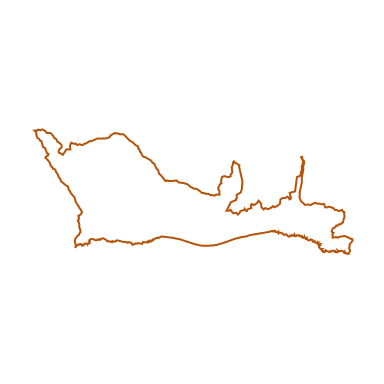 the district of Camana, Arequipa, Peru, rotated 335°
{"feature_id": "86281439B8928059178056", "entity_name": "Camana", "entity_type": "district", "adm_level": 2, "iso_a3": "PER", "parent_name": "Peru", "parent_adm1": "Arequipa", "projection": "orthographic", "projection_center": [-72.661, -16.401], "detail": "fine", "context": "isolated", "style": "outline", "palette": "amber", "viewbox_px": 384, "rotation_deg": 335, "n_neighbors": 0, "source": "geoboundaries", "source_scale": "gbopen_adm2", "svg_char_len": 6011}
<svg xmlns="http://www.w3.org/2000/svg" viewBox="0 0 384 384"><g transform="rotate(335 192 192)"><path d="M305.6,205.5L305.7,211.3L304.9,212.1L304.4,213.9L303.7,213.7L303.1,214.7L302.0,215.4L302.2,216.2L301.3,217.4L301.4,218.0L300.7,218.2L300.1,219.5L298.8,220.2L298.6,221.5L296.7,223.0L293.4,222.8L285.7,235.0L280.1,234.1L279.3,238.8L278.7,239.8L277.3,239.9L277.3,237.8L276.5,236.6L274.2,236.8L270.8,235.7L268.9,236.2L266.9,239.7L262.7,240.9L261.2,240.4L260.2,240.7L259.3,239.0L256.8,239.7L254.0,239.7L253.3,239.5L251.6,237.5L249.6,238.1L248.5,235.3L249.7,231.7L248.7,228.1L246.9,229.2L243.1,230.1L242.2,229.9L241.5,228.4L240.4,228.3L239.6,229.2L239.1,231.6L235.1,231.2L233.6,232.4L233.0,231.9L232.6,229.7L232.3,230.1L230.8,230.2L227.7,229.8L226.1,231.2L224.1,231.9L223.5,229.6L220.3,228.7L219.4,224.4L218.0,224.7L215.4,223.6L222.8,217.7L228.5,217.9L229.0,217.0L230.0,216.6L231.3,213.4L236.1,213.0L238.6,210.1L242.2,203.6L245.5,188.5L246.3,187.8L244.6,185.0L243.5,184.3L242.9,181.9L242.2,182.1L240.4,184.7L238.3,186.6L238.3,187.5L237.6,188.3L237.3,190.3L236.2,191.7L234.3,192.5L233.7,194.1L231.3,194.0L227.9,191.2L225.5,191.1L222.7,194.6L222.4,196.6L220.3,196.9L219.1,198.4L217.9,198.8L217.1,200.1L217.2,202.8L215.8,206.1L212.8,204.5L210.9,204.9L208.9,203.2L207.4,202.8L206.5,201.0L203.2,199.0L202.4,197.9L200.9,197.3L198.2,192.1L196.5,190.4L194.9,189.7L194.2,188.2L193.2,187.4L191.3,183.2L188.5,180.6L184.0,177.7L182.6,174.7L180.2,174.3L175.6,172.2L174.7,171.2L173.5,171.2L173.1,170.6L172.7,170.9L172.4,170.5L170.9,163.5L169.9,161.9L170.5,157.9L169.7,155.6L169.7,150.3L168.6,148.9L168.1,146.0L164.3,140.7L162.7,139.4L162.2,136.5L162.5,134.7L161.9,133.8L162.3,131.4L161.6,130.3L162.3,128.2L162.1,127.4L160.9,126.1L159.0,121.4L157.2,119.1L155.0,112.3L154.0,110.5L151.3,109.4L148.9,107.0L147.2,106.7L146.9,105.9L142.1,106.3L140.6,107.5L136.6,107.1L128.6,103.5L123.0,103.5L120.3,102.6L118.1,103.1L115.5,103.1L114.6,102.7L113.6,103.2L112.5,103.2L110.2,101.2L107.6,100.8L107.2,99.1L105.3,98.4L103.4,96.3L100.9,98.6L99.7,102.1L96.2,100.3L90.6,103.7L89.3,101.5L88.2,100.6L88.0,99.2L89.8,97.2L92.6,96.5L93.4,95.3L93.5,94.3L93.0,92.1L91.3,89.6L91.3,86.8L90.0,84.6L89.8,82.0L89.0,79.4L88.4,78.6L85.1,76.9L85.0,75.0L82.8,72.0L80.6,72.0L78.8,70.4L77.9,70.8L75.2,69.8L76.1,72.1L75.2,73.8L74.7,77.7L76.0,79.5L76.1,81.5L77.0,82.1L76.0,88.2L77.4,90.2L77.0,95.3L78.0,97.0L76.7,98.2L74.8,98.1L73.7,98.7L73.6,99.1L74.7,101.7L75.5,105.6L75.5,107.0L75.0,107.5L75.4,110.0L76.0,110.8L75.8,112.2L76.7,112.7L77.5,114.1L77.2,116.8L77.7,118.2L77.6,122.1L78.1,125.0L77.8,126.7L80.5,132.7L82.0,134.6L81.2,138.3L81.9,139.7L81.6,141.6L83.3,147.5L82.4,151.5L83.9,163.6L81.9,165.2L78.8,165.7L78.7,167.9L77.6,168.4L77.5,169.4L76.3,169.9L76.6,171.9L76.1,174.1L74.9,176.3L74.8,178.7L74.0,181.3L72.5,181.9L71.5,183.1L69.8,183.3L66.3,185.2L64.5,188.0L64.7,189.2L64.0,191.6L62.5,193.3L64.2,192.2L66.8,191.5L67.5,192.1L68.0,191.8L69.5,192.4L69.5,194.1L70.4,194.3L71.0,193.8L72.0,194.2L72.7,193.4L73.2,193.5L75.2,194.5L75.1,195.5L76.6,194.8L77.6,195.0L77.8,194.1L78.5,193.7L78.1,192.8L79.0,192.1L81.0,192.0L83.3,193.6L83.8,194.7L85.3,195.5L86.7,195.1L87.2,195.9L88.2,195.8L88.4,196.4L89.2,196.5L89.9,195.9L92.0,196.5L93.8,198.8L94.4,200.9L95.1,200.9L96.1,202.0L96.8,202.1L98.1,203.5L98.6,203.2L98.6,203.7L99.7,203.4L100.9,204.3L102.3,204.4L102.9,203.9L104.4,204.6L108.6,208.2L111.5,209.7L112.1,210.9L113.6,210.8L115.1,212.0L115.6,212.5L115.6,214.4L116.6,215.0L117.2,214.7L119.6,214.9L120.5,215.7L121.6,215.6L124.9,217.9L126.6,216.6L127.9,217.7L129.3,217.9L130.4,219.0L130.6,218.7L131.7,219.1L131.8,218.5L132.1,218.9L133.1,218.3L133.8,219.3L134.2,218.7L135.5,219.3L135.5,218.9L136.7,218.4L137.1,219.0L140.1,218.5L141.7,219.4L142.4,219.1L142.9,219.6L145.3,219.3L154.0,224.6L161.2,229.9L172.2,240.2L177.7,244.5L182.7,247.0L188.8,249.4L192.2,250.4L201.3,251.7L210.8,252.5L217.9,253.8L222.6,255.3L224.7,255.3L229.1,256.3L244.5,260.6L248.3,261.2L248.7,262.1L250.3,261.9L250.9,262.4L250.6,263.2L250.9,263.6L252.8,264.6L252.8,265.6L253.5,264.9L253.4,265.8L254.7,266.2L256.5,267.7L257.2,269.8L258.7,269.8L259.7,270.4L259.9,271.9L260.8,273.3L262.0,273.6L261.9,273.2L263.8,273.0L265.3,274.4L266.9,273.6L266.6,275.5L267.4,276.0L268.8,275.5L270.6,277.1L271.1,276.7L271.5,278.1L272.9,278.4L272.5,279.1L274.1,280.4L273.7,280.6L274.7,281.1L275.0,280.6L275.0,281.2L275.9,281.8L275.7,282.2L276.7,282.1L276.3,283.1L275.9,283.2L276.5,283.7L276.9,283.4L276.6,284.0L277.2,285.3L279.6,285.6L279.8,285.3L280.9,286.4L280.4,287.8L281.6,288.2L281.4,288.9L281.8,289.1L282.4,288.8L282.3,289.6L283.3,290.8L284.3,290.5L284.1,291.0L284.8,291.2L284.0,291.5L284.4,292.7L285.6,293.2L284.6,293.4L285.6,294.3L284.2,294.6L283.8,296.0L284.6,298.0L285.9,298.7L285.2,298.9L284.9,299.8L285.4,300.2L285.1,300.4L285.7,302.1L286.4,302.3L286.5,301.7L287.0,301.7L287.8,302.1L288.3,301.6L288.4,302.2L289.1,302.3L291.2,304.5L292.5,304.1L293.0,304.8L294.7,304.5L296.1,305.7L296.1,306.3L296.6,306.2L296.4,306.8L298.1,308.0L299.0,307.5L299.2,306.6L299.8,307.9L300.1,307.6L302.0,308.5L302.7,308.4L304.1,309.9L304.0,310.8L304.4,311.5L305.2,310.8L305.1,312.3L306.0,312.5L306.2,313.1L306.9,313.5L306.2,314.1L307.0,313.8L308.0,314.2L310.6,311.7L310.6,309.2L312.0,307.7L312.6,306.1L316.2,304.5L317.2,303.5L317.2,302.2L315.3,300.8L314.7,299.2L313.4,298.6L312.8,297.3L311.5,296.3L306.7,294.9L304.9,295.1L303.8,293.8L300.2,292.9L300.9,291.6L301.1,290.0L303.0,288.8L302.0,287.6L301.9,286.7L304.1,284.5L306.9,284.5L308.7,283.3L309.8,284.1L311.8,283.4L313.1,284.1L314.3,283.5L315.7,283.5L320.2,278.2L320.4,276.6L321.5,274.6L320.5,273.6L320.4,271.6L317.4,271.6L315.2,269.2L314.0,268.7L313.3,266.2L311.8,265.1L311.1,264.0L309.7,263.2L307.4,262.9L306.3,262.1L306.1,261.2L306.7,259.2L306.4,258.4L304.3,258.0L302.5,256.3L300.6,255.6L299.0,253.7L293.9,253.9L291.7,252.3L289.0,251.4L286.9,246.5L287.0,243.2L287.8,240.8L288.9,239.6L289.0,238.4L295.9,229.3L297.2,225.9L302.5,218.6L303.2,216.2L306.0,213.1L306.6,210.9L305.8,209.7L306.4,207.7L305.9,208.0L305.6,205.5Z" fill="none" stroke="#b45309" stroke-width="2"/></g></svg>